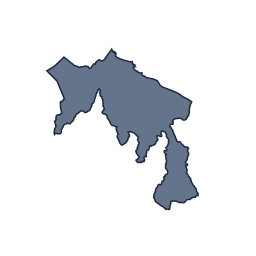 outline of Barranca, Lima, Peru, rotated 154°
{"feature_id": "86281439B29685222960103", "entity_name": "Barranca", "entity_type": "district", "adm_level": 2, "iso_a3": "PER", "parent_name": "Peru", "parent_adm1": "Lima", "projection": "robinson", "projection_center": [-77.671, -10.626], "detail": "fine", "context": "isolated", "style": "filled", "palette": "slate", "viewbox_px": 256, "rotation_deg": 154, "n_neighbors": 0, "source": "geoboundaries", "source_scale": "gbopen_adm2", "svg_char_len": 5834}
<svg xmlns="http://www.w3.org/2000/svg" viewBox="0 0 256 256"><g transform="rotate(154 128 128)"><path d="M108.8,36.6L107.3,37.6L106.9,37.6L105.2,37.4L103.9,36.7L103.1,36.7L101.5,37.2L100.3,37.0L99.5,37.1L97.8,36.2L97.1,37.1L96.3,37.3L95.4,36.7L94.7,36.5L94.2,37.6L93.6,38.4L94.2,39.3L94.2,40.0L93.9,42.3L93.4,43.6L94.0,45.3L93.9,46.7L94.8,48.4L94.4,49.7L94.8,51.2L94.7,51.9L94.5,52.1L94.2,52.8L94.5,53.9L93.8,55.2L94.5,56.6L94.4,57.6L94.8,58.5L94.7,60.9L95.3,62.1L94.0,63.1L93.3,64.4L92.6,69.1L91.3,68.5L90.6,68.7L90.5,69.5L91.5,70.8L91.6,71.3L91.4,71.9L90.8,72.5L88.8,73.5L87.7,75.0L87.1,76.3L86.1,76.5L85.4,77.2L84.6,78.6L84.7,80.3L84.3,81.7L83.6,82.6L82.5,82.9L82.4,83.2L82.8,83.7L83.1,85.0L84.3,85.6L85.7,86.7L85.9,88.2L86.7,89.8L87.1,92.2L87.6,93.1L89.4,93.8L89.8,94.8L89.5,95.8L89.6,98.5L89.1,99.8L89.6,101.4L89.2,102.7L89.4,103.9L89.0,104.5L89.2,105.5L88.9,105.9L88.9,106.3L89.2,110.1L89.8,110.8L89.7,111.6L88.5,112.7L87.4,112.4L86.1,111.7L84.7,113.3L85.1,114.3L84.4,115.2L82.2,115.7L79.9,115.2L79.6,114.8L78.6,114.8L77.3,114.2L75.8,113.0L75.3,111.6L74.5,110.7L73.6,110.3L71.6,110.5L70.4,111.3L69.7,112.4L68.7,112.3L67.8,112.9L66.3,114.8L64.0,119.0L60.9,122.5L60.3,122.7L59.2,123.7L60.4,125.4L60.7,126.3L65.1,132.2L66.2,134.3L66.1,134.7L69.1,138.9L72.1,142.4L78.3,148.9L79.8,150.9L80.4,152.5L80.9,157.5L81.0,157.9L81.8,158.5L82.4,159.5L84.0,161.1L87.0,163.4L89.5,165.5L90.3,166.7L90.6,167.6L92.0,169.0L92.3,170.0L92.1,170.3L91.6,170.7L91.5,171.0L91.3,171.2L91.4,171.7L92.1,171.6L92.7,171.9L94.2,173.3L94.6,173.9L94.5,174.6L95.0,174.8L95.0,175.3L95.5,175.6L96.4,177.2L96.9,178.5L96.9,179.3L96.5,180.2L96.0,180.5L95.1,180.0L95.3,180.5L94.1,181.3L94.3,181.9L95.0,181.9L95.3,183.3L95.7,183.8L95.3,184.4L95.2,185.5L95.1,185.8L95.6,185.8L96.3,186.4L96.6,186.4L97.2,186.7L102.5,191.2L105.3,194.2L106.9,196.2L107.4,197.1L107.6,198.4L107.3,198.9L106.4,199.5L106.3,200.5L106.8,200.5L106.9,201.1L106.2,201.3L106.6,202.2L107.1,202.4L107.2,202.7L107.4,202.6L107.7,203.0L108.0,202.8L108.3,203.3L107.9,204.1L108.2,204.3L108.3,204.8L108.1,206.0L119.7,199.7L122.3,199.6L123.8,201.9L124.7,202.0L127.4,201.4L128.6,200.7L128.8,200.1L129.3,199.7L130.5,200.6L131.0,200.6L135.0,198.2L136.0,198.2L136.5,198.4L136.7,198.7L136.6,199.6L137.0,200.7L138.6,202.1L140.2,202.7L142.7,203.0L143.6,203.7L145.1,203.7L146.5,205.5L148.4,207.3L148.9,208.0L154.5,219.8L167.0,215.8L175.9,215.0L171.2,201.2L172.3,183.1L172.8,182.0L173.5,181.6L174.4,181.5L175.3,180.7L175.9,180.7L176.5,181.2L177.4,181.0L177.9,180.1L178.3,178.7L179.3,177.1L181.0,170.5L181.4,170.3L182.4,170.3L183.3,169.7L185.0,170.6L186.1,170.3L186.5,170.6L187.0,170.5L188.1,169.1L189.1,166.9L190.5,166.5L191.1,166.0L191.3,165.5L191.2,164.3L192.0,161.3L192.5,160.5L194.6,159.2L195.4,157.3L196.5,156.4L196.8,154.4L196.1,154.9L194.7,154.7L194.1,153.8L191.4,152.5L189.9,153.2L189.6,153.6L188.9,155.5L186.2,157.2L185.4,158.1L183.6,159.1L182.9,159.2L181.7,158.7L181.0,159.0L180.4,159.0L180.0,158.7L179.8,158.2L178.1,157.2L177.4,157.5L176.7,158.0L174.9,158.3L173.8,158.8L172.4,160.2L171.8,161.3L170.3,161.1L169.4,162.4L168.9,162.7L166.5,163.1L163.5,163.9L162.6,164.0L161.8,163.5L160.8,162.4L160.1,160.9L159.5,160.5L158.0,160.3L156.9,160.8L155.5,160.5L154.9,160.6L150.7,163.9L150.6,164.6L149.9,165.4L148.4,165.6L147.3,166.2L144.4,169.5L142.7,171.2L141.8,172.6L141.1,172.8L137.2,176.1L136.9,175.8L136.9,175.1L136.6,174.4L136.7,173.4L137.0,172.7L138.1,172.1L137.9,171.5L138.8,169.4L138.7,168.5L138.2,168.2L137.8,167.4L138.4,166.1L138.2,165.1L139.3,161.6L139.9,161.0L140.3,159.3L140.9,158.7L140.6,156.9L141.3,155.2L144.3,153.7L144.6,153.0L143.7,151.3L142.6,150.4L142.0,149.5L141.6,148.4L142.1,146.0L141.7,142.9L141.7,138.9L141.4,137.8L140.8,137.0L139.4,136.0L138.3,134.1L137.4,133.8L138.9,132.6L139.4,131.8L139.1,130.5L139.6,129.4L139.5,126.7L140.8,126.0L141.7,124.5L141.7,119.7L141.9,118.0L141.7,116.6L141.0,115.2L138.9,115.2L138.3,115.5L135.9,115.7L135.3,116.4L133.6,117.1L132.8,118.7L132.2,118.8L130.1,120.1L129.8,120.8L129.9,121.5L129.7,122.8L129.7,124.4L128.7,124.2L127.4,123.5L124.8,121.0L123.7,118.4L123.7,117.6L123.1,116.5L122.9,114.9L124.5,113.4L124.7,112.5L124.6,109.6L124.8,109.0L125.5,108.8L126.6,108.1L126.7,107.1L128.2,106.5L129.3,104.5L131.0,104.0L131.1,102.8L131.4,102.4L131.5,101.5L131.0,99.8L131.1,99.0L130.6,97.5L131.6,96.4L133.9,95.6L134.6,95.7L135.0,95.3L134.5,92.9L133.2,92.1L132.0,92.1L131.5,91.3L131.1,91.0L129.5,91.8L129.0,91.4L128.7,90.8L128.4,90.7L126.9,92.1L127.0,93.7L126.1,94.8L125.6,94.9L124.0,94.2L123.6,95.6L123.0,96.6L122.3,97.3L121.3,99.1L120.8,99.3L119.4,99.3L118.5,99.8L116.6,102.2L116.4,102.4L115.6,102.2L114.9,101.4L113.1,101.7L111.7,101.3L110.1,101.9L108.9,103.3L108.1,103.4L106.3,104.3L106.1,104.8L106.3,105.8L105.8,108.1L104.3,108.0L103.6,107.4L103.0,106.4L101.9,105.9L101.2,105.9L100.9,106.7L101.1,107.4L100.6,109.0L100.1,109.9L99.1,110.6L98.7,110.6L98.6,110.0L97.7,109.4L96.7,108.3L96.4,107.6L96.2,105.5L97.1,103.9L97.1,102.8L96.6,100.2L97.1,98.8L98.5,96.3L100.9,94.2L102.1,94.0L102.7,93.6L102.8,91.9L103.0,91.0L104.2,91.0L105.3,91.6L105.7,91.2L106.0,90.2L105.6,88.1L105.2,87.5L106.0,87.3L106.5,86.8L106.3,85.5L107.3,83.9L107.5,82.5L108.1,80.7L109.0,80.0L109.1,79.3L110.2,79.0L110.9,77.1L111.6,76.2L111.8,75.6L111.7,74.7L111.3,73.4L111.3,72.3L112.0,70.2L112.7,69.4L114.6,69.6L115.5,69.2L115.8,68.6L116.3,68.3L117.3,68.3L117.5,68.2L118.2,65.5L119.7,65.0L120.4,65.2L120.9,64.9L122.9,62.6L123.5,62.6L124.1,63.4L125.3,63.8L125.8,63.7L126.8,62.6L128.8,61.7L130.8,59.8L131.2,58.9L133.5,57.2L134.0,56.7L134.3,55.5L135.0,55.0L135.5,54.1L135.2,52.4L135.5,49.9L135.2,49.0L131.9,43.0L130.7,41.5L129.8,38.3L129.5,38.1L127.4,37.7L127.1,36.8L126.5,36.7L125.3,37.8L125.0,38.7L124.5,39.1L124.3,39.9L122.5,41.6L121.9,43.0L121.4,43.4L120.5,42.8L119.3,42.6L118.4,41.9L117.2,41.6L114.2,38.2L112.7,37.7L110.5,36.3L108.8,36.6Z" fill="#64748b" stroke="#1e293b" stroke-width="1.5"/></g></svg>